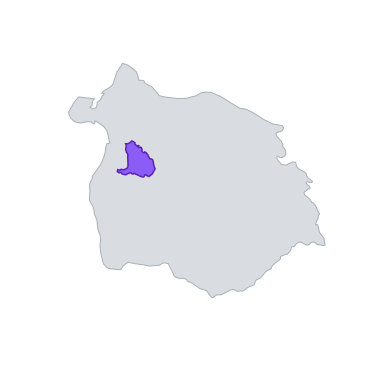 location of Vrancea within Romania, rotated 200°
{"feature_id": "ROU-317", "entity_name": "Vrancea", "entity_type": "County", "adm_level": 1, "iso_a3": "ROU", "parent_name": "Romania", "parent_adm1": "", "projection": "mercator", "projection_center": [27.101, 45.78], "detail": "fine", "context": "in_parent", "style": "filled", "palette": "violet", "viewbox_px": 384, "rotation_deg": 200, "n_neighbors": 0, "source": "natural_earth", "source_scale": "10m", "svg_char_len": 5369}
<svg xmlns="http://www.w3.org/2000/svg" viewBox="0 0 384 384"><g transform="rotate(200 192 192)"><path d="M290.1,216.5L293.3,220.9L297.3,223.3L306.7,225.8L307.6,225.5L307.6,225.1L307.0,224.4L306.9,223.6L307.4,222.6L308.6,222.5L310.8,223.4L314.8,222.1L320.7,218.5L326.2,217.8L331.2,219.9L333.7,222.4L335.3,224.7L334.8,227.6L334.5,229.4L333.2,236.7L332.3,239.5L330.9,242.6L315.4,246.2L316.4,244.5L316.1,241.4L315.4,239.0L316.9,236.9L313.4,236.2L311.9,237.3L310.7,239.3L311.7,244.0L310.0,246.6L309.4,248.0L309.3,251.4L308.3,252.8L308.1,254.4L310.6,254.0L309.5,256.9L304.9,262.5L303.2,265.9L303.6,279.0L301.6,286.9L301.4,289.2L296.5,289.2L295.0,289.1L290.4,287.9L285.2,285.8L282.1,281.8L280.2,278.9L275.8,280.2L274.9,279.8L273.7,278.4L270.4,277.5L266.3,277.5L257.0,272.2L256.0,271.3L248.8,272.2L237.9,274.8L229.6,278.0L221.1,283.8L217.6,288.1L213.6,290.4L207.9,292.2L197.6,291.5L187.0,289.3L175.5,287.0L169.4,288.3L161.0,287.3L148.4,284.5L139.0,283.6L129.8,285.3L128.2,284.0L127.9,282.6L128.2,280.5L129.5,278.9L131.8,277.6L132.9,276.3L133.1,275.1L130.6,273.0L125.4,270.1L123.3,268.3L122.8,267.9L122.6,266.2L121.5,265.0L119.5,264.1L118.0,262.4L116.9,259.9L117.1,257.6L118.7,255.5L120.7,254.5L123.1,254.8L124.2,254.2L123.8,252.7L121.4,250.8L117.0,248.4L112.5,249.7L108.0,254.6L104.7,255.4L102.7,252.1L99.2,250.1L94.0,249.5L90.9,248.2L89.7,246.3L87.5,244.8L82.5,243.3L82.5,241.8L83.3,241.4L85.0,241.3L87.4,241.0L87.7,240.1L87.8,239.3L85.9,238.3L84.0,237.7L83.1,237.0L82.4,236.3L82.3,235.5L82.9,234.9L83.6,234.9L84.4,234.5L84.8,232.6L85.8,231.2L86.5,230.6L86.5,229.5L85.7,228.5L84.7,227.6L83.2,227.1L78.5,225.5L76.1,223.3L74.6,223.3L72.3,222.1L69.9,220.2L67.7,217.5L65.4,215.7L64.8,215.0L64.7,214.3L65.2,213.6L65.1,212.8L64.5,210.1L64.9,207.3L64.8,204.7L64.8,203.5L64.4,203.2L64.0,203.6L63.4,204.1L62.8,204.2L61.1,202.2L58.9,198.3L57.5,197.0L54.6,195.2L52.2,193.7L50.5,190.4L48.7,187.9L49.8,186.8L56.7,185.4L59.9,186.8L61.4,186.3L62.8,185.1L63.5,184.2L63.7,183.1L64.4,181.9L66.7,181.3L72.8,182.1L75.3,180.3L76.2,179.3L76.8,177.2L77.4,175.5L79.6,174.6L79.6,173.0L79.3,171.3L80.5,167.6L81.3,166.0L82.6,165.4L84.1,164.2L86.7,161.7L86.1,159.6L86.6,158.0L89.3,154.0L91.4,150.2L91.4,148.3L91.7,146.7L93.5,144.9L95.4,142.5L98.0,135.1L98.9,133.8L100.5,132.4L101.8,131.0L101.9,126.1L103.1,124.7L105.3,123.1L107.5,120.5L109.3,117.5L110.7,116.1L112.6,115.7L114.6,114.5L116.8,114.1L119.0,114.7L120.3,114.4L122.4,112.9L127.7,107.3L128.5,106.2L129.6,105.4L133.9,103.5L135.0,101.6L136.4,99.8L138.3,100.0L144.6,104.2L151.3,104.0L152.5,104.1L152.9,104.2L153.7,104.6L162.6,106.7L163.9,106.5L164.3,106.3L167.9,108.0L171.0,107.8L174.0,106.6L177.2,106.2L180.0,106.9L182.2,109.4L187.9,114.6L189.6,116.5L192.2,116.3L195.0,115.3L197.9,111.8L206.9,107.8L213.7,106.8L220.3,105.3L228.0,104.1L230.2,100.9L231.5,98.7L232.3,94.6L236.5,93.4L240.4,92.5L241.8,92.0L244.7,91.8L246.9,92.2L250.4,94.2L252.8,96.8L253.7,98.8L255.8,101.6L258.0,105.6L260.4,110.9L260.9,113.6L261.8,116.5L263.6,120.0L267.0,123.9L267.5,124.7L269.0,127.4L272.0,133.5L274.5,135.9L276.6,138.5L277.7,141.1L279.2,143.5L282.9,146.7L285.8,149.6L288.2,157.9L289.9,161.6L290.9,164.5L290.4,170.4L291.1,172.9L289.7,177.4L287.3,186.6L286.7,193.8L287.1,197.7L287.2,200.2L287.8,201.8L288.4,205.1L288.5,208.0L287.6,208.8L286.4,209.5L285.9,210.1L287.1,211.4L288.6,213.8L290.1,216.5Z" fill="#d9dde1" stroke="#a8b0b8" stroke-width="1"/><path d="M234.6,201.2L234.9,199.1L235.3,196.9L235.3,196.2L235.8,194.8L237.8,191.7L241.3,192.2L242.2,191.8L242.2,191.4L242.3,190.5L242.4,190.1L242.5,189.8L242.9,189.4L243.4,189.3L246.3,189.1L247.2,189.3L248.5,189.3L249.3,189.5L249.8,189.6L250.4,189.5L250.9,189.4L251.4,189.5L252.5,190.0L252.8,189.9L253.0,189.5L253.2,189.1L253.4,188.8L253.9,188.6L254.4,188.5L254.8,188.6L256.4,189.2L256.8,189.1L257.0,188.9L257.4,188.3L257.7,187.9L258.5,187.4L258.8,187.0L259.4,186.3L259.7,185.9L260.4,185.5L262.7,185.1L263.4,185.0L264.0,185.1L265.3,185.9L265.9,186.0L266.2,185.9L266.5,185.7L266.6,185.4L266.9,185.2L267.1,185.1L268.2,185.4L269.1,185.5L269.5,187.6L267.8,187.7L267.5,187.9L267.1,188.2L266.9,188.6L266.4,189.1L265.9,189.2L264.8,189.3L264.0,189.5L263.4,189.8L262.7,190.4L262.0,191.3L261.5,191.8L261.3,192.1L261.1,192.5L261.0,193.0L261.0,194.0L261.2,195.1L264.5,203.3L264.6,203.9L264.8,204.5L265.0,204.9L265.8,206.0L266.1,206.3L266.9,206.7L267.2,206.9L267.4,207.2L267.5,207.5L267.7,207.8L268.4,208.5L268.7,209.0L269.0,209.6L269.2,210.5L269.2,211.0L269.2,211.4L269.3,211.8L269.8,213.3L270.1,213.8L270.9,214.6L269.2,215.3L268.5,215.7L268.0,216.2L267.2,217.2L266.5,218.4L266.2,219.3L264.8,219.3L264.2,219.2L262.7,218.8L262.4,218.7L262.2,218.3L262.1,218.0L262.1,217.7L262.0,217.4L261.7,217.2L261.4,217.1L260.8,217.1L260.6,217.0L260.3,216.7L260.0,216.5L259.5,216.4L259.2,216.5L258.9,216.8L258.6,217.1L258.4,217.3L258.1,217.4L257.8,217.4L257.7,217.0L257.8,216.2L257.7,215.9L257.6,215.7L257.1,215.8L256.8,215.9L256.1,216.3L255.7,216.4L255.3,216.5L254.9,216.3L254.4,216.0L253.6,215.1L253.4,214.6L253.3,214.1L253.4,213.7L253.2,213.3L252.6,212.9L251.8,212.5L251.0,212.4L250.6,212.4L250.3,212.5L250.3,212.9L250.4,213.0L250.3,213.4L250.2,213.5L249.7,213.5L249.2,213.4L248.6,213.3L248.3,213.1L247.0,212.4L246.0,211.6L245.3,210.8L243.4,209.1L242.7,208.8L242.3,208.8L242.0,209.0L241.6,209.1L241.2,209.1L240.3,209.0L239.8,208.5L239.2,207.8L237.2,204.4L235.9,202.5L234.6,201.2Z" fill="#8b5cf6" stroke="#5b21b6" stroke-width="1.5"/></g></svg>